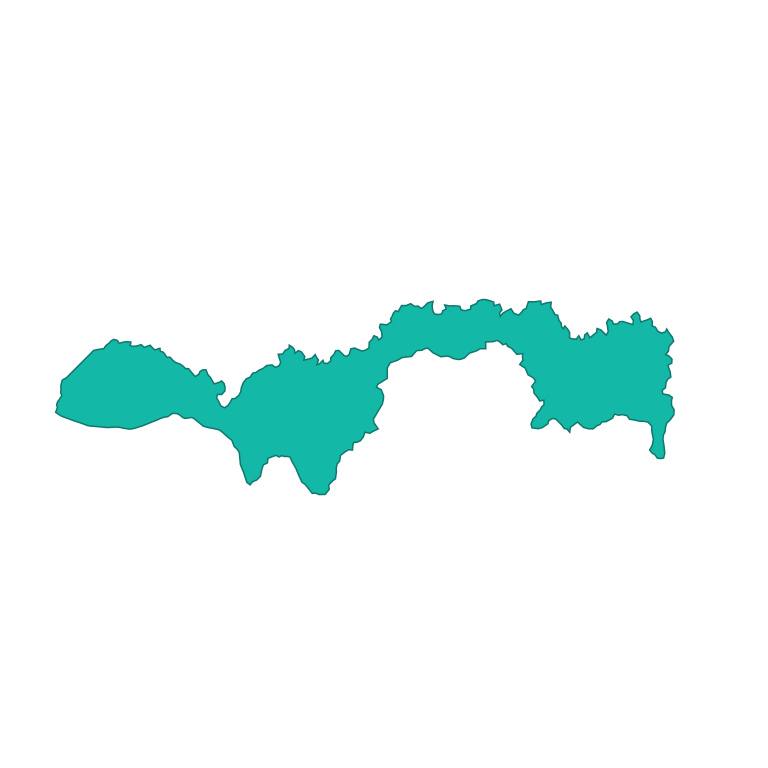 the district of Campina Grande do Sul, Paraná, Brazil, rotated 31°
{"feature_id": "56859067B91516213917217", "entity_name": "Campina Grande do Sul", "entity_type": "district", "adm_level": 2, "iso_a3": "BRA", "parent_name": "Brazil", "parent_adm1": "Paraná", "projection": "orthographic", "projection_center": [-48.831, -25.183], "detail": "fine", "context": "isolated", "style": "filled", "palette": "teal", "viewbox_px": 768, "rotation_deg": 31, "n_neighbors": 0, "source": "geoboundaries", "source_scale": "gbopen_adm2", "svg_char_len": 5774}
<svg xmlns="http://www.w3.org/2000/svg" viewBox="0 0 768 768"><g transform="rotate(31 384 384)"><path d="M610.3,198.1L606.5,195.1L601.5,193.2L598.0,191.3L598.4,194.4L595.6,197.5L591.3,197.7L587.3,195.5L583.8,196.2L582.2,192.5L578.8,190.3L576.2,193.9L572.3,198.5L569.8,196.4L568.2,193.9L563.9,192.0L562.0,195.2L561.1,199.2L565.2,201.3L566.7,204.9L556.5,207.4L554.0,209.1L553.2,212.1L549.8,214.5L547.2,212.5L543.2,212.5L543.1,216.7L545.6,219.1L549.3,223.8L549.3,227.7L542.2,225.9L538.0,226.7L539.6,230.2L536.7,238.3L531.9,235.5L530.8,238.4L532.3,242.3L530.2,244.7L526.1,242.3L525.8,246.4L521.9,248.5L519.2,248.8L516.8,244.5L514.1,242.8L509.1,241.1L509.3,244.3L506.7,243.4L504.6,240.6L501.3,239.4L497.4,235.6L494.9,236.5L490.1,233.6L487.4,232.5L485.2,227.8L481.5,230.7L477.9,234.9L475.6,232.1L470.4,236.2L465.4,239.1L467.0,246.1L465.2,248.4L465.0,251.6L463.9,255.6L458.9,256.5L454.1,254.1L451.0,259.1L449.4,262.1L448.9,266.1L446.3,263.5L447.0,259.8L442.0,256.0L438.1,260.1L435.9,257.3L432.3,258.0L428.1,259.1L425.2,260.6L421.8,264.4L421.8,267.5L418.2,272.4L419.7,275.2L415.9,279.3L412.1,280.8L408.9,278.3L403.4,281.1L400.0,283.3L395.3,285.0L398.7,287.6L396.6,291.0L397.4,294.1L394.7,296.5L391.2,298.0L388.7,296.5L386.6,294.4L384.8,291.8L383.5,287.9L379.7,291.9L378.3,297.7L376.9,300.2L373.2,299.6L370.3,301.7L365.5,301.4L362.6,305.3L358.7,307.7L358.8,314.6L356.1,315.3L355.5,318.4L356.1,321.7L356.1,325.0L358.3,326.6L356.0,331.8L350.0,334.6L351.0,337.9L354.9,340.3L358.2,344.8L356.7,349.2L354.2,347.3L350.5,347.8L350.8,352.0L349.8,355.8L352.6,360.9L350.7,364.5L348.2,367.1L340.1,368.4L337.4,371.0L339.0,376.2L338.0,379.3L335.4,380.2L328.0,378.5L325.5,380.3L325.8,384.5L324.8,388.9L326.5,391.8L324.8,395.6L321.8,397.1L319.5,395.1L318.3,399.8L316.6,402.2L315.5,397.2L312.8,396.1L309.8,394.2L308.9,399.0L305.1,402.7L303.0,404.9L302.0,401.3L296.9,399.1L293.4,399.4L291.8,403.6L289.7,400.8L286.9,399.6L282.8,399.5L284.3,402.4L281.9,406.2L281.8,410.4L278.0,413.0L280.6,415.5L284.1,418.4L284.8,422.1L282.4,425.7L278.2,425.3L273.9,428.6L272.3,433.0L269.9,436.3L268.2,440.2L265.8,442.4L265.8,446.9L263.3,450.5L262.7,455.5L263.6,460.5L265.2,464.6L265.4,468.5L263.9,473.0L261.3,475.1L261.6,478.9L261.3,483.1L259.4,486.6L255.2,486.7L251.6,484.3L247.5,482.0L246.7,478.6L250.3,476.7L251.2,471.9L249.5,468.7L246.8,466.0L243.2,465.0L241.7,467.7L238.3,471.4L234.9,469.5L232.0,467.9L228.1,466.6L224.1,463.5L221.4,465.2L219.8,468.1L220.3,471.1L218.3,474.8L213.0,473.2L208.7,471.5L205.7,473.0L202.7,472.2L199.1,471.9L194.2,472.9L190.7,472.5L187.0,471.2L184.0,473.0L181.2,471.5L178.4,470.4L175.5,471.2L173.5,468.8L169.9,472.9L166.2,472.0L163.6,471.2L159.5,476.1L155.6,475.3L152.4,478.9L149.1,481.2L146.5,481.7L145.5,478.4L141.4,480.4L138.7,482.6L136.2,485.5L133.1,484.0L129.6,484.8L127.9,487.5L127.3,490.5L125.8,494.4L125.6,498.0L121.2,501.6L117.8,504.8L116.6,509.9L112.4,526.8L108.6,542.1L106.2,546.4L107.9,552.0L109.8,554.8L111.2,557.8L113.7,559.8L113.7,563.5L113.4,567.5L114.1,570.4L116.2,572.5L117.1,577.4L123.6,577.7L127.4,577.1L130.7,576.4L136.2,575.4L139.9,574.6L142.8,573.9L146.9,573.1L151.3,572.3L154.1,571.2L157.9,569.3L163.8,566.4L166.7,565.1L169.5,563.7L172.0,562.0L176.0,559.2L180.2,557.1L183.2,556.2L186.2,555.0L189.2,553.7L192.1,551.4L194.9,548.3L198.8,543.9L203.4,537.8L206.8,533.4L210.1,528.8L212.5,525.8L215.5,523.4L217.8,518.2L221.4,516.1L225.0,515.7L228.3,516.4L231.0,516.1L236.6,511.6L239.5,511.6L250.9,513.2L256.6,511.6L259.1,510.6L261.7,509.7L266.3,508.2L269.9,508.5L278.2,510.1L282.4,510.5L287.8,514.7L291.3,515.4L295.1,517.1L302.4,527.0L309.3,532.2L317.2,539.0L321.2,539.4L321.6,535.7L324.4,531.7L325.6,526.8L323.4,520.5L322.2,515.5L324.7,511.7L322.8,507.5L328.1,500.8L331.6,500.6L333.2,498.2L336.0,497.4L338.4,495.9L341.1,495.0L344.9,497.7L352.1,501.8L358.0,506.2L364.1,510.4L368.5,510.8L374.3,513.0L378.8,514.7L381.7,512.7L385.3,512.2L390.5,508.9L391.3,502.5L388.6,499.0L390.0,493.1L391.2,490.3L388.7,484.3L386.6,481.1L385.0,476.9L385.7,473.1L383.5,467.6L385.6,462.2L387.6,458.5L391.0,456.9L388.9,452.6L388.1,449.6L390.9,447.8L393.0,444.8L393.5,440.2L392.5,435.1L397.3,433.5L398.8,430.5L402.2,425.5L395.4,422.4L393.0,419.6L392.9,402.1L391.4,397.4L389.6,394.2L384.5,390.3L379.2,390.7L378.9,387.3L383.9,377.5L378.5,368.6L378.4,362.6L383.2,356.9L386.0,351.9L393.5,346.1L394.8,338.6L399.1,335.5L400.9,332.6L403.1,330.7L410.0,332.0L418.8,331.3L424.1,327.3L427.2,326.6L430.0,326.6L435.2,324.7L437.4,322.9L439.5,320.3L441.4,313.4L445.9,308.4L448.5,304.0L453.1,301.4L449.5,295.6L456.0,291.3L458.0,288.7L460.7,288.1L465.7,289.1L468.0,286.4L470.5,288.0L475.2,287.7L478.2,288.7L482.6,290.1L487.3,286.5L488.8,289.6L490.8,292.0L490.3,297.4L496.9,297.7L502.7,301.9L508.8,301.8L512.5,303.4L511.9,310.2L515.0,311.3L517.2,314.5L523.0,316.6L526.2,318.4L529.4,315.5L531.8,319.5L530.9,322.3L531.2,325.7L530.1,330.4L530.9,333.5L529.7,337.1L530.6,342.5L533.5,345.4L539.3,342.8L542.1,339.9L545.0,333.7L544.1,330.6L546.2,326.7L549.6,325.6L557.7,327.7L561.4,329.3L564.1,328.4L568.0,329.7L566.0,325.1L567.5,321.8L569.4,317.0L577.3,318.4L582.6,317.0L586.4,314.7L588.0,309.9L589.9,307.7L590.4,304.3L594.0,301.6L597.5,295.6L597.1,291.1L601.0,290.0L604.3,287.4L608.7,286.0L612.7,287.8L616.0,286.3L622.3,284.2L626.8,281.8L630.0,280.7L635.1,282.2L638.0,286.7L643.4,292.6L645.5,298.2L645.7,303.8L649.3,305.1L652.8,305.1L656.5,306.8L659.6,305.4L661.8,303.5L660.4,298.9L657.3,294.7L654.9,291.6L651.4,287.5L649.8,283.8L649.5,280.2L647.4,275.5L646.5,271.9L647.6,268.2L648.1,264.2L648.3,261.1L645.9,256.6L641.6,254.3L639.1,250.4L638.0,247.0L633.9,246.7L628.1,248.9L625.7,246.0L627.2,242.4L624.9,237.2L624.7,233.7L626.3,230.4L623.1,226.2L619.6,223.5L617.8,221.3L619.9,217.9L618.0,214.3L613.5,213.2L610.2,213.7L610.9,209.4L609.0,205.0L610.3,198.1Z" fill="#14b8a6" stroke="#0f766e" stroke-width="1.5"/></g></svg>